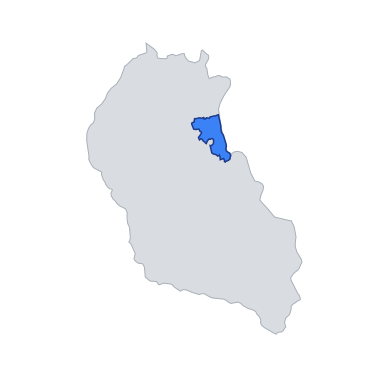 Hungary, with Komárom-Esztergom highlighted, rotated 80°
{"feature_id": "HUN-3163", "entity_name": "Komárom-Esztergom", "entity_type": "County", "adm_level": 1, "iso_a3": "HUN", "parent_name": "Hungary", "parent_adm1": "", "projection": "albers", "projection_center": [18.366, 47.587], "detail": "fine", "context": "in_parent", "style": "filled", "palette": "blue", "viewbox_px": 384, "rotation_deg": 80, "n_neighbors": 0, "source": "natural_earth", "source_scale": "10m", "svg_char_len": 3745}
<svg xmlns="http://www.w3.org/2000/svg" viewBox="0 0 384 384"><g transform="rotate(80 192 192)"><path d="M311.4,104.6L315.7,103.8L315.9,103.9L316.9,104.2L317.8,107.3L317.9,107.5L319.0,109.5L320.1,112.2L321.8,114.2L325.1,114.9L329.6,117.2L332.6,121.8L337.0,123.6L337.3,123.7L338.1,123.4L341.2,123.0L341.8,124.0L344.4,126.2L345.4,128.2L345.1,130.4L345.7,132.9L346.6,133.7L345.6,135.4L338.2,144.2L335.2,146.6L333.1,147.2L329.8,146.5L326.5,147.3L323.6,149.3L320.9,150.0L318.9,152.2L316.4,156.9L313.3,160.9L310.0,163.5L308.4,165.7L308.5,173.1L306.7,175.3L304.3,177.5L303.0,179.5L299.7,190.9L296.9,194.6L294.3,197.5L293.9,200.1L294.1,202.9L291.2,208.8L287.3,215.0L286.6,217.5L287.6,220.8L283.8,224.7L281.5,226.7L279.7,227.6L278.6,230.0L276.8,235.9L277.4,238.5L277.6,240.9L274.2,242.4L273.3,245.1L272.6,248.4L271.2,249.9L267.5,252.8L258.0,251.9L254.4,252.9L253.4,254.9L253.2,256.5L252.1,258.0L250.0,259.9L247.8,260.8L242.8,258.6L232.2,261.2L230.4,262.9L228.9,261.8L226.6,260.7L215.9,259.7L211.7,260.8L206.1,260.5L200.9,259.4L197.0,260.4L193.7,265.0L192.0,266.6L190.7,267.6L187.7,269.1L185.3,270.9L182.0,272.1L179.1,272.0L176.3,270.1L175.3,270.5L174.5,272.3L173.0,273.9L168.9,275.9L167.8,275.8L167.6,275.8L164.4,277.3L159.2,278.1L156.6,277.5L151.8,283.9L150.4,285.1L145.8,287.0L142.1,288.0L138.9,287.2L137.6,287.2L123.5,286.8L116.1,285.4L111.4,282.9L108.2,280.0L106.7,277.0L103.1,275.1L97.3,274.3L92.9,271.2L89.7,265.8L85.4,261.4L80.0,258.1L75.8,253.6L72.7,247.7L67.0,242.4L58.8,237.6L56.3,236.5L55.9,235.0L52.0,229.1L50.3,227.0L50.5,224.1L49.8,222.5L48.3,221.3L47.6,217.2L47.3,214.1L46.2,212.1L37.4,211.4L44.9,204.3L48.6,202.3L52.9,202.8L54.3,202.2L54.6,201.1L55.4,198.7L55.8,196.5L56.3,194.4L55.8,193.2L53.8,192.7L52.9,187.5L54.0,185.5L55.1,184.2L54.0,177.8L54.4,175.6L57.7,175.3L60.5,174.0L62.7,172.5L63.4,170.6L65.3,166.6L63.8,161.7L54.4,158.2L53.9,157.0L56.1,155.6L58.5,153.7L59.9,152.2L61.7,152.0L64.3,152.9L68.8,156.5L70.5,157.1L72.2,156.1L74.0,155.9L79.1,156.1L83.3,155.4L82.4,151.5L82.5,148.8L81.8,146.6L82.3,144.2L84.0,142.3L84.6,138.1L87.3,135.2L88.6,134.9L93.2,135.4L94.3,136.2L95.0,136.4L102.3,143.5L109.3,148.8L115.0,151.5L123.4,151.8L132.4,152.1L147.5,151.2L158.7,150.4L159.5,149.1L161.1,146.0L159.8,143.3L159.8,140.1L161.7,136.0L167.2,132.6L183.1,130.9L192.2,128.2L193.5,124.7L196.4,121.3L199.2,120.5L203.0,122.0L207.6,125.0L211.6,126.5L213.9,125.4L221.9,120.2L231.0,115.0L237.0,101.3L237.6,99.2L244.4,97.4L254.4,97.4L259.6,99.0L263.5,99.8L269.2,99.2L277.4,96.0L280.5,96.0L283.0,98.0L285.7,99.6L287.5,101.7L289.0,104.7L289.8,105.8L291.0,107.3L293.2,109.4L295.3,109.9L310.6,105.4L311.4,104.6Z" fill="#d9dde1" stroke="#a8b0b8" stroke-width="1"/><path d="M156.0,151.2L157.3,151.1L158.4,150.4L159.9,148.6L160.7,148.1L161.7,147.8L162.8,147.4L164.3,148.4L165.9,148.7L167.0,150.3L167.4,151.5L167.7,153.5L168.3,154.1L167.5,154.8L166.5,154.5L164.6,155.1L165.1,158.6L162.7,158.3L160.3,158.7L160.8,159.5L161.1,160.5L159.8,161.4L158.9,162.8L158.2,164.5L157.0,165.7L149.3,166.1L149.7,164.8L148.1,162.5L145.8,162.0L144.0,161.7L142.8,163.1L143.3,164.8L142.8,166.1L144.5,168.1L146.8,169.5L146.1,170.3L145.2,170.6L143.9,172.0L141.6,173.1L141.0,174.1L141.5,174.7L142.0,175.6L139.6,176.2L138.8,175.7L138.1,174.7L135.5,172.4L134.5,172.3L133.7,173.6L132.6,173.9L131.6,173.9L131.1,175.5L131.2,177.5L130.7,178.3L130.4,179.4L125.2,180.5L124.1,180.3L123.6,179.0L123.4,177.6L121.9,177.4L120.2,176.7L120.5,174.8L120.3,172.9L120.3,171.5L121.1,169.6L120.6,167.7L121.0,167.3L122.0,167.6L122.5,166.5L121.4,164.9L122.4,162.2L121.1,161.0L121.2,159.0L120.9,157.8L121.1,156.6L121.0,155.1L120.6,153.6L120.5,152.7L130.9,152.1L136.5,152.7L138.2,152.6L141.6,151.2L150.9,150.1L153.0,150.2L154.6,150.9L156.0,151.2Z" fill="#3b82f6" stroke="#1e3a8a" stroke-width="1.5"/></g></svg>